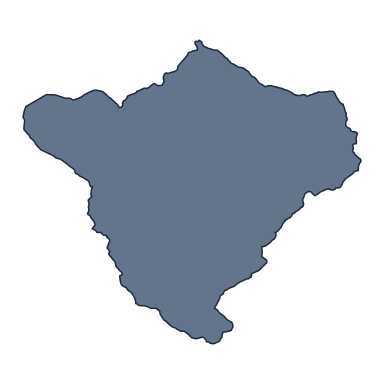 Poiana Marului, Brasov, Romania
{"feature_id": "2599482B79917442697977", "entity_name": "Poiana Marului", "entity_type": "district", "adm_level": 2, "iso_a3": "ROU", "parent_name": "Romania", "parent_adm1": "Brasov", "projection": "natural_earth1", "projection_center": [25.322, 45.622], "detail": "fine", "context": "isolated", "style": "filled", "palette": "slate", "viewbox_px": 384, "rotation_deg": 0, "n_neighbors": 0, "source": "geoboundaries", "source_scale": "gbopen_adm2", "svg_char_len": 5879}
<svg xmlns="http://www.w3.org/2000/svg" viewBox="0 0 384 384"><path d="M276.0,234.2L275.3,232.5L275.8,232.5L277.2,231.5L280.8,227.8L283.2,223.0L284.9,221.1L284.6,220.8L285.6,220.0L285.9,220.1L288.1,218.4L289.0,218.3L290.5,217.2L291.6,216.1L292.2,214.2L294.5,213.0L295.6,211.7L298.9,209.8L300.2,208.7L300.9,207.6L302.2,207.2L302.5,206.5L303.3,206.0L303.1,205.5L303.6,204.6L303.6,203.8L303.2,203.3L303.2,202.5L302.6,199.6L303.7,197.4L304.8,194.0L305.5,193.2L306.1,193.0L307.8,191.7L308.6,191.6L310.6,191.8L311.3,192.1L312.7,193.8L314.6,195.6L315.0,195.6L318.1,193.9L320.1,192.1L326.4,189.3L328.5,188.9L331.4,190.0L333.6,189.9L334.9,189.2L336.1,187.8L337.8,188.0L339.7,187.5L340.8,186.6L342.2,184.4L343.0,181.9L345.1,179.5L346.8,177.9L353.1,173.4L354.5,171.5L356.1,171.0L357.6,170.9L358.2,170.6L358.5,166.2L359.5,163.6L361.0,161.2L360.5,159.0L358.8,158.0L354.8,154.6L354.3,152.9L353.6,152.5L352.5,150.9L353.2,149.4L353.3,148.0L352.6,145.7L353.0,144.6L354.2,143.9L356.2,143.7L356.5,141.6L356.1,139.1L356.4,136.8L357.3,134.1L357.4,133.3L355.6,132.0L354.6,131.7L352.6,131.6L351.7,131.3L351.0,130.7L350.1,128.8L349.7,128.4L347.7,127.7L346.1,126.2L345.7,124.9L345.8,122.1L347.4,119.5L346.7,117.7L346.7,117.0L345.7,115.9L346.3,114.2L346.2,113.1L345.3,111.8L344.3,107.8L343.3,105.5L343.3,104.4L343.1,104.1L341.9,104.0L339.3,101.8L338.8,100.8L338.7,100.1L336.7,97.3L335.0,94.1L334.8,93.2L333.4,91.6L331.3,91.3L329.1,91.2L326.9,91.9L325.1,91.8L321.7,92.3L319.7,92.2L318.5,91.9L316.4,93.0L314.5,93.3L313.5,94.1L310.0,95.0L307.8,96.1L307.2,96.1L306.5,96.1L305.5,95.0L302.5,94.6L300.3,95.5L297.3,95.5L296.3,95.2L295.9,94.7L295.3,94.9L293.7,94.4L293.6,94.0L292.7,93.1L292.2,93.1L291.9,92.7L290.8,92.4L289.7,91.6L286.6,90.1L283.9,89.5L283.3,88.9L282.6,88.9L282.4,88.6L281.5,88.2L281.1,88.3L278.8,87.8L277.6,87.3L276.6,87.5L276.2,86.9L272.7,86.2L270.8,85.5L269.8,85.8L267.5,85.9L265.3,86.7L264.3,86.3L263.6,85.5L262.4,85.1L261.2,84.1L259.9,83.7L258.4,82.2L256.3,79.2L254.9,77.8L253.2,76.7L252.4,76.7L252.2,76.3L251.7,76.1L249.2,73.1L249.0,72.2L248.5,71.6L245.5,69.7L243.5,68.1L240.0,67.2L238.8,67.2L237.2,66.7L236.2,65.5L235.4,65.4L235.0,65.0L234.3,64.9L233.4,64.0L232.7,63.8L232.2,63.9L230.3,62.4L229.6,61.1L228.8,60.8L226.9,58.2L226.0,58.1L225.1,57.4L225.0,57.0L224.5,56.7L221.9,53.8L218.6,51.3L217.5,50.2L215.7,50.0L213.8,50.1L211.9,49.3L207.7,48.2L207.1,47.7L204.1,46.4L203.2,45.7L201.8,42.9L201.9,42.3L199.3,40.3L198.9,40.4L198.8,41.0L198.3,41.3L197.5,41.5L196.2,41.3L195.5,41.5L195.0,42.0L195.0,43.2L195.8,45.2L196.9,46.5L197.3,47.6L197.4,49.6L197.2,50.1L192.9,51.0L190.0,52.4L188.7,52.5L188.2,53.0L187.7,54.5L184.6,58.5L178.0,66.1L177.5,69.1L176.8,70.3L173.8,71.8L170.4,72.5L168.2,73.5L166.2,72.9L164.7,73.8L163.5,76.2L163.3,78.7L164.1,81.6L162.1,85.2L159.1,85.7L156.9,85.4L156.3,84.5L154.4,83.7L153.0,84.0L148.7,87.6L146.8,88.4L144.3,88.1L139.4,90.5L136.7,91.4L136.6,91.9L135.6,93.1L129.1,95.3L127.5,96.2L126.6,98.7L124.9,100.2L123.5,100.8L122.5,103.3L122.8,104.7L122.4,106.1L121.5,107.1L119.3,107.7L117.9,105.2L116.5,103.7L112.8,100.4L110.5,98.1L108.9,97.3L106.1,94.4L102.2,91.4L96.2,90.1L94.1,90.2L89.8,91.9L84.6,94.6L81.6,96.8L77.7,98.6L73.0,100.1L71.0,98.7L68.1,98.1L65.9,98.4L56.2,95.2L53.5,94.8L46.2,94.7L25.9,106.6L24.5,110.2L23.0,117.3L24.2,119.0L24.7,121.1L24.3,123.1L24.2,125.3L23.9,126.5L24.0,129.6L26.6,132.7L29.3,135.5L30.1,137.6L33.9,140.8L36.4,145.1L40.9,149.8L53.1,155.6L55.8,157.9L56.8,158.4L59.3,158.8L62.0,160.2L70.6,166.9L72.8,168.4L74.7,170.1L75.0,170.6L75.0,171.9L75.5,173.3L77.9,174.5L80.3,176.4L82.7,177.4L87.7,180.5L89.1,182.0L89.8,185.1L90.7,186.7L91.2,186.9L92.4,186.9L92.3,187.8L91.3,189.8L91.3,191.7L90.9,193.8L90.9,194.6L91.3,195.6L91.8,196.0L91.7,196.5L88.3,200.0L88.2,200.7L88.7,202.1L89.0,204.8L89.0,205.5L88.3,206.7L88.9,209.5L88.3,212.4L87.7,213.0L87.5,213.5L87.8,214.2L88.4,214.8L89.7,215.3L90.4,216.1L90.6,217.2L92.7,220.1L94.4,221.8L94.3,222.9L94.8,223.8L94.9,224.4L94.7,225.1L94.2,226.1L92.5,228.1L92.2,228.7L95.7,230.7L96.5,231.5L96.9,232.4L101.1,232.5L101.4,233.2L102.9,234.3L103.5,235.2L106.0,235.4L106.8,236.7L107.3,236.6L107.2,237.7L108.3,238.3L109.1,239.1L109.6,240.4L109.7,241.4L108.7,243.1L108.3,245.1L107.5,246.4L107.2,247.5L107.3,248.4L109.1,250.4L109.7,251.5L108.9,252.9L108.9,254.5L115.2,262.2L115.8,265.6L116.3,266.6L117.7,268.4L118.1,268.6L119.3,270.3L121.5,272.3L122.4,274.3L121.8,274.9L120.4,275.3L119.8,275.8L119.7,276.5L120.5,282.1L121.0,283.8L122.0,285.5L124.7,287.0L125.9,287.3L126.8,288.8L128.0,290.2L131.1,292.5L132.3,293.9L135.2,298.8L135.2,299.7L135.7,301.8L135.6,303.0L135.8,303.5L136.1,303.7L137.1,304.0L138.2,305.0L139.6,305.6L144.8,305.9L147.9,306.8L150.9,308.4L155.1,308.3L156.9,308.7L157.7,309.8L159.4,310.6L159.8,311.8L160.1,313.9L163.9,320.1L166.4,321.6L169.7,325.1L170.4,325.4L172.8,327.2L175.9,328.2L177.1,329.3L180.7,331.3L182.4,331.0L184.3,331.3L189.1,335.0L191.1,337.3L194.1,338.4L196.2,338.7L200.1,337.8L201.4,337.2L203.1,337.3L203.5,337.4L205.8,339.7L206.5,341.8L208.6,341.9L210.3,343.4L213.7,343.7L214.9,343.4L219.5,341.0L221.2,337.9L221.9,337.4L221.9,335.8L222.1,334.8L223.0,332.4L223.4,332.0L225.3,332.0L228.5,331.3L230.2,330.9L231.4,330.2L231.8,328.8L232.8,327.4L233.0,325.8L232.2,323.0L231.1,321.9L226.6,319.4L225.9,318.2L224.7,316.9L222.6,315.0L220.1,313.5L218.9,312.2L217.5,310.0L214.8,308.5L214.4,307.9L215.2,306.9L219.0,300.0L219.6,298.5L219.9,296.7L220.6,295.5L223.4,293.7L223.6,292.2L225.0,290.3L226.3,290.2L229.1,288.2L234.5,286.2L236.4,284.3L240.2,281.9L247.1,278.8L248.4,278.8L250.6,277.0L251.1,277.1L251.2,276.2L251.6,275.7L251.2,275.1L251.3,274.6L252.0,273.7L253.3,272.9L258.8,270.5L266.5,262.9L266.9,261.8L266.8,260.7L266.4,260.1L263.4,257.6L261.9,256.8L261.9,255.1L262.3,252.0L262.0,251.0L261.9,247.4L261.7,247.0L265.4,246.0L267.7,244.5L268.7,243.5L270.3,242.4L272.9,239.6L273.4,239.5L274.6,238.5L275.4,237.0L275.9,235.5L276.0,234.2Z" fill="#64748b" stroke="#1e293b" stroke-width="1.5"/></svg>